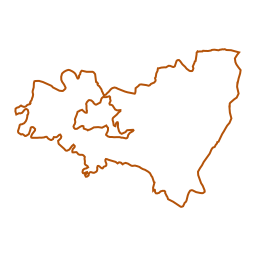 Fayyum, Al Fayyum, Egypt (Albers equal-area conic projection)
{"feature_id": "37247803B48268032297871", "entity_name": "Fayyum", "entity_type": "district", "adm_level": 2, "iso_a3": "EGY", "parent_name": "Egypt", "parent_adm1": "Al Fayyum", "projection": "albers", "projection_center": [30.865, 29.3], "detail": "fine", "context": "isolated", "style": "outline", "palette": "amber", "viewbox_px": 256, "rotation_deg": 0, "n_neighbors": 0, "source": "geoboundaries", "source_scale": "gbopen_adm2", "svg_char_len": 5724}
<svg xmlns="http://www.w3.org/2000/svg" viewBox="0 0 256 256"><path d="M27.3,115.2L27.3,116.6L26.8,118.9L25.9,121.1L24.2,123.2L21.8,124.3L20.5,124.4L19.7,125.1L19.2,127.4L18.0,131.0L18.2,132.3L18.6,132.9L21.1,134.5L22.1,134.1L23.2,134.5L25.1,136.0L26.2,135.8L28.8,134.1L30.2,130.2L30.8,127.6L32.0,127.0L33.4,127.3L35.1,129.0L35.0,130.4L32.1,134.2L31.1,136.5L31.3,137.5L32.0,137.8L37.3,137.8L39.9,137.6L41.2,137.7L44.1,137.4L45.3,136.9L46.6,136.8L47.1,137.2L48.0,138.4L49.5,139.4L50.9,140.0L51.4,140.0L53.0,139.1L53.8,137.1L56.2,137.2L57.1,136.8L59.3,134.8L60.3,134.6L61.3,136.5L61.0,137.9L60.1,139.0L58.1,140.8L58.5,143.3L58.8,144.0L64.3,148.9L65.4,150.2L66.0,150.6L67.0,150.7L69.3,149.6L72.0,146.0L73.5,144.7L74.8,146.1L74.5,147.3L72.8,149.1L72.3,150.7L72.3,151.7L72.5,152.3L73.2,152.4L76.2,152.1L76.7,152.3L78.4,154.3L79.8,154.8L82.1,154.8L83.0,155.1L83.7,155.6L84.8,156.9L84.5,158.7L84.9,161.1L84.8,163.8L85.2,164.5L85.9,165.1L87.5,166.1L88.1,167.3L86.2,168.4L84.8,168.7L84.1,169.0L82.9,170.1L82.5,172.1L83.0,173.1L83.6,173.3L84.3,173.2L86.2,172.3L87.0,172.1L87.1,173.1L85.0,175.0L85.8,176.7L86.8,176.7L88.0,175.9L88.6,175.4L88.7,174.3L89.2,172.9L90.2,172.2L90.9,172.1L93.2,172.8L94.4,172.7L96.1,171.8L96.7,171.3L97.3,169.7L97.2,167.4L97.7,166.0L98.4,165.9L99.5,166.4L100.7,167.6L102.2,168.4L102.7,168.3L103.7,166.8L105.8,166.0L106.3,165.3L106.4,163.8L105.4,161.2L105.4,159.8L105.9,159.0L107.1,159.2L108.5,159.8L115.6,161.9L117.6,163.4L119.1,162.3L120.7,162.6L121.3,162.9L121.5,163.4L122.7,164.3L123.2,163.7L125.6,162.9L127.9,163.6L131.2,165.6L132.2,165.9L135.0,165.6L137.3,166.2L139.6,167.0L140.4,167.7L142.7,169.0L145.0,169.8L148.2,171.7L150.0,173.2L151.5,176.1L152.3,177.1L154.0,182.3L154.5,182.5L153.1,187.6L153.2,190.7L154.4,189.7L154.8,189.8L155.2,192.3L156.0,193.3L157.2,193.4L159.1,192.8L160.6,191.4L162.7,190.8L164.5,190.9L165.2,191.8L165.2,193.1L166.2,194.9L166.4,195.7L167.1,196.4L168.1,199.2L173.1,201.7L180.6,206.7L181.7,206.8L183.1,206.2L184.7,202.8L185.8,201.9L186.5,200.6L187.8,195.3L188.8,192.8L190.1,190.7L191.5,190.2L192.5,190.3L196.1,192.1L200.3,193.0L202.2,193.2L203.1,193.0L204.6,191.9L204.7,191.3L204.5,190.1L202.7,185.7L201.1,183.2L198.2,175.1L198.0,171.7L200.0,168.2L202.0,165.3L203.7,162.0L209.7,153.6L211.5,149.4L212.7,147.7L214.7,146.9L215.7,144.9L217.0,143.4L217.2,142.2L218.5,141.7L222.2,134.0L223.9,131.3L225.7,128.1L227.2,125.6L229.5,122.9L231.4,118.4L229.9,112.7L229.4,106.5L229.7,106.5L229.7,103.8L230.2,102.8L234.2,99.3L236.7,97.6L238.6,93.6L237.1,86.9L237.4,83.1L237.6,83.2L238.6,78.5L240.1,73.5L240.6,70.1L238.4,67.3L236.4,64.4L235.4,62.1L234.9,58.4L237.1,54.9L239.1,52.4L231.0,50.2L226.4,50.0L224.8,49.2L223.4,49.4L222.2,49.3L220.8,49.7L220.0,49.7L218.6,50.3L214.5,49.7L212.9,49.8L211.7,50.0L211.0,50.5L208.1,51.0L204.4,50.9L204.0,50.8L203.0,50.8L202.5,51.4L199.2,51.5L198.3,51.7L197.6,51.3L196.6,52.8L196.6,54.3L195.6,61.0L194.8,61.4L194.5,62.6L192.8,66.5L193.4,68.3L192.9,69.9L192.3,70.9L191.4,71.1L190.0,71.0L189.3,70.7L186.6,68.7L185.1,66.8L182.4,64.3L180.2,61.2L178.9,60.0L177.4,60.2L176.5,61.1L174.8,66.3L173.6,67.0L172.7,66.9L170.2,65.9L168.6,65.8L165.9,67.4L164.6,67.3L161.3,67.6L158.5,68.4L158.0,68.3L157.7,69.3L157.6,70.7L156.3,73.4L155.7,77.2L155.0,78.1L155.6,80.0L155.5,80.9L154.3,82.5L151.0,83.9L149.7,85.3L148.6,85.7L146.3,85.1L141.2,84.4L139.8,84.6L139.3,84.9L138.6,85.8L135.6,88.2L135.5,91.5L135.2,93.0L134.7,93.7L127.5,92.3L124.8,91.5L117.2,88.5L116.6,88.0L114.5,87.5L112.4,88.1L111.5,88.7L110.7,89.4L108.8,91.7L106.8,93.5L106.0,94.6L104.6,95.1L103.7,94.9L102.6,92.3L102.0,91.4L101.4,89.3L99.2,86.1L98.1,85.4L97.6,84.7L97.5,84.0L97.9,83.5L97.0,82.3L96.6,82.3L96.1,82.0L95.1,74.1L93.6,72.3L92.6,71.8L86.6,71.8L81.8,70.7L81.3,71.1L80.3,72.9L80.2,74.1L78.9,75.9L79.1,76.9L78.4,78.4L77.9,78.6L77.5,78.4L75.5,74.1L74.5,72.9L73.6,72.2L72.4,71.4L69.7,70.1L68.3,69.9L66.4,70.5L64.3,71.6L62.5,73.1L62.0,73.8L61.2,76.8L61.3,79.8L61.5,80.3L62.2,81.9L64.1,84.6L65.6,87.7L65.3,88.8L63.1,90.8L62.2,91.0L59.4,90.7L52.9,87.4L51.9,86.2L51.0,85.6L42.9,82.0L39.0,80.9L35.4,81.0L34.4,81.3L33.9,83.2L33.7,87.4L32.7,90.9L32.6,92.1L33.1,94.4L32.9,96.0L32.4,97.7L32.1,98.1L31.8,99.5L31.3,100.6L30.5,101.5L30.0,102.9L30.5,103.2L30.0,104.1L27.4,104.9L26.7,105.5L26.2,106.2L25.2,106.7L24.0,106.9L21.8,106.1L21.3,105.6L20.8,105.6L18.6,107.3L17.3,107.5L15.6,108.6L15.4,111.3L16.3,114.5L19.1,113.2L20.3,113.4L22.1,112.8L24.8,109.5L26.0,109.0L26.7,109.1L27.9,110.1L28.4,112.7L28.1,114.0L27.6,115.1L27.3,115.2ZM110.1,97.1L110.1,98.9L110.6,100.8L109.4,103.4L109.8,104.6L111.4,104.9L112.5,105.4L115.2,109.5L117.2,110.4L120.4,110.1L120.4,111.1L118.5,112.6L116.8,114.6L113.2,117.7L112.7,118.6L112.6,120.0L113.2,122.0L113.7,125.2L114.6,126.0L115.3,126.2L116.1,123.3L116.9,122.3L117.6,122.2L118.0,123.1L117.9,127.0L119.0,131.1L120.2,133.0L121.7,133.8L125.5,132.1L126.8,130.5L127.3,130.2L133.1,129.8L133.5,130.3L132.8,131.2L130.1,132.7L129.4,133.4L128.2,135.0L127.7,137.0L127.2,137.9L126.0,138.4L122.9,137.7L121.3,137.7L120.7,137.4L119.2,137.1L113.9,137.2L112.0,137.0L109.7,137.0L107.9,136.4L106.1,134.9L106.1,134.4L107.6,131.5L108.0,129.9L108.0,127.8L107.1,126.8L106.3,125.5L102.0,127.7L98.3,127.1L93.8,127.4L92.0,128.5L90.0,129.5L89.1,129.8L88.2,129.9L87.8,130.3L87.0,129.7L83.8,128.6L83.4,126.2L82.1,125.9L80.4,126.6L77.0,128.8L75.1,128.9L74.0,127.9L73.5,126.5L74.0,125.1L74.7,124.2L75.3,122.1L74.9,119.3L76.8,114.5L77.6,111.8L79.2,111.1L79.5,110.7L82.1,109.8L84.8,112.3L86.1,112.8L86.8,112.6L86.9,110.5L86.7,110.3L86.5,108.9L86.5,105.2L86.1,104.0L86.9,102.2L88.5,100.4L89.0,100.1L89.5,100.1L91.4,100.5L93.3,102.2L93.4,102.7L94.5,103.9L95.6,104.6L96.3,104.6L100.3,102.5L101.4,98.8L102.0,97.9L103.6,96.6L103.9,97.1L106.4,97.1L109.4,96.3L110.1,97.1Z" fill="none" stroke="#b45309" stroke-width="2"/></svg>